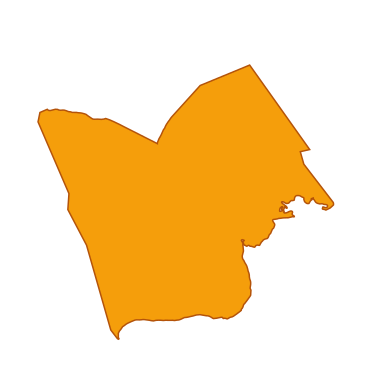 Las Vegas, Santa Bárbara, Honduras, rotated 68°
{"feature_id": "27666195B74712516647149", "entity_name": "Las Vegas", "entity_type": "district", "adm_level": 2, "iso_a3": "HND", "parent_name": "Honduras", "parent_adm1": "Santa Bárbara", "projection": "albers", "projection_center": [-88.037, 14.873], "detail": "fine", "context": "isolated", "style": "filled", "palette": "amber", "viewbox_px": 384, "rotation_deg": 68, "n_neighbors": 0, "source": "geoboundaries", "source_scale": "gbopen_adm2", "svg_char_len": 5870}
<svg xmlns="http://www.w3.org/2000/svg" viewBox="0 0 384 384"><g transform="rotate(68 192 192)"><path d="M258.9,74.6L258.6,69.9L257.5,66.9L257.0,65.7L256.5,65.4L255.9,65.2L255.3,65.0L254.4,65.0L208.1,77.9L195.2,76.5L196.7,67.0L95.9,91.0L96.3,144.5L114.9,182.9L115.7,184.3L117.0,186.1L117.4,186.9L117.8,187.5L118.2,188.2L118.9,189.1L119.5,190.1L121.0,191.9L122.7,193.6L123.4,194.9L124.3,195.9L127.3,199.0L128.9,200.9L130.2,202.6L133.2,205.5L133.7,205.8L134.2,206.0L105.8,230.8L102.3,233.8L97.6,238.1L94.3,241.3L92.8,243.0L91.5,244.5L91.4,246.3L91.0,247.7L90.8,248.6L89.1,252.2L88.0,255.2L87.5,256.2L86.8,257.0L82.5,259.9L80.3,261.2L79.0,262.7L77.6,264.6L77.4,264.9L76.8,265.9L76.2,267.2L75.4,268.6L75.0,269.2L73.3,273.3L72.3,274.4L71.8,275.3L71.1,276.5L69.4,278.3L68.3,279.7L68.0,280.3L67.7,281.0L67.4,281.8L67.1,282.8L66.8,283.6L66.1,284.7L65.8,285.1L65.2,285.5L65.0,285.8L64.1,287.7L63.5,292.2L63.4,292.8L63.1,293.5L62.9,294.0L62.4,294.6L62.0,294.8L61.1,295.2L61.3,303.2L69.3,308.5L147.4,306.7L161.8,313.7L201.8,309.7L289.5,319.0L300.0,316.1L300.6,315.7L301.0,315.2L300.7,314.7L299.7,314.8L298.7,314.6L296.7,313.7L295.7,313.4L294.8,312.6L293.6,311.2L292.8,309.6L290.9,306.8L290.5,304.8L289.8,302.4L289.6,300.8L289.4,296.9L289.4,292.8L289.8,291.2L291.0,288.4L291.6,286.4L291.9,285.2L292.6,283.7L293.7,281.8L294.8,279.8L296.0,278.0L297.1,276.0L297.5,273.4L298.2,271.4L299.1,269.2L300.4,266.7L301.1,264.3L302.3,261.6L303.8,257.8L304.5,256.6L304.7,256.0L305.1,254.2L305.7,252.2L305.8,251.1L305.8,249.6L305.7,248.2L305.6,246.9L305.6,245.9L306.1,244.4L306.5,242.6L306.9,239.9L307.3,237.6L307.5,235.5L307.7,233.9L308.1,232.6L308.7,230.6L309.0,230.1L311.8,225.6L312.1,225.1L312.6,224.0L313.1,223.2L313.8,222.4L314.8,221.5L317.0,219.9L317.3,219.6L317.5,219.3L317.6,218.8L318.3,216.2L318.5,214.9L319.0,212.3L319.3,211.3L319.5,211.0L320.0,210.7L321.0,210.4L321.1,209.6L321.4,208.9L321.9,208.0L322.5,207.4L322.9,206.6L322.7,205.1L322.5,203.8L322.6,202.9L322.8,201.5L322.7,200.1L321.7,195.8L321.4,194.9L321.3,194.2L320.2,190.7L319.7,190.5L319.3,190.2L319.0,189.8L318.8,189.2L318.0,188.2L317.1,187.4L316.4,186.8L315.9,186.4L315.6,186.1L315.2,185.0L312.7,180.8L310.4,177.2L309.8,176.4L309.5,176.2L305.3,174.2L304.5,174.1L303.3,174.2L302.7,174.0L302.1,173.7L301.0,173.0L299.6,172.2L298.2,171.6L296.8,171.2L295.9,171.1L294.5,171.1L293.0,170.8L292.1,170.6L290.5,170.0L289.0,169.7L287.9,169.6L286.4,169.6L284.0,169.2L282.0,169.0L281.1,169.0L280.4,169.0L277.1,169.5L274.9,169.6L273.4,170.0L272.8,170.0L272.0,169.9L271.0,169.7L270.0,169.3L266.7,166.9L266.0,166.4L265.4,166.2L262.0,165.2L261.3,165.0L260.6,164.9L258.6,164.0L257.8,164.0L255.6,164.4L255.3,164.3L255.1,164.1L255.0,163.8L255.0,163.6L255.0,163.3L255.2,163.1L255.8,162.2L256.1,161.9L256.4,161.8L256.6,161.8L257.0,163.1L257.1,163.3L257.3,163.5L258.8,163.5L259.6,163.6L260.4,163.5L260.9,163.3L261.5,162.6L262.4,162.0L262.7,161.7L262.8,161.4L262.6,159.9L262.6,159.6L262.7,159.4L263.1,158.9L263.3,158.8L263.7,158.7L264.0,158.5L264.2,158.2L264.4,157.7L264.6,157.3L266.4,155.1L266.5,154.8L266.6,154.5L266.5,154.3L266.2,153.7L265.7,153.1L265.6,152.9L265.6,152.4L265.7,151.8L265.8,151.0L265.9,150.8L266.3,150.3L266.6,149.8L266.7,149.5L266.7,149.2L266.4,148.9L264.5,146.5L264.0,145.3L263.2,143.8L263.1,143.2L263.0,142.3L263.1,140.9L263.3,139.9L263.2,139.4L262.9,138.8L262.4,138.1L261.3,137.1L260.6,136.4L260.3,135.7L260.0,135.1L259.9,134.7L259.7,134.5L257.9,132.7L257.2,132.0L256.7,131.5L256.4,131.0L256.3,130.3L255.9,129.7L255.3,129.1L254.3,128.2L253.6,127.7L253.1,127.5L252.8,127.4L252.5,127.4L250.4,127.8L249.1,128.0L248.7,127.9L248.4,127.8L248.2,127.6L248.0,127.3L248.0,126.9L248.0,126.7L248.6,124.3L248.9,122.8L249.0,121.2L249.3,120.6L250.2,117.1L251.4,113.8L251.9,112.5L252.6,108.0L252.8,107.4L253.1,107.1L253.2,106.9L253.2,106.6L253.2,106.4L252.6,106.3L252.1,106.6L251.5,107.0L251.2,107.3L250.7,107.4L250.3,107.5L250.0,107.4L249.7,107.3L249.0,106.7L248.3,106.3L248.0,106.3L247.7,106.3L247.2,106.6L246.9,107.0L246.7,107.3L246.5,108.1L246.5,109.4L246.5,110.3L246.7,110.6L246.6,112.4L246.4,113.2L246.2,113.9L245.8,114.3L245.4,114.5L245.2,114.4L245.1,114.1L244.9,114.0L244.5,113.9L244.0,113.9L243.6,113.9L243.5,114.1L243.2,115.3L243.1,116.8L242.9,117.7L242.7,117.9L242.2,117.8L241.7,117.6L240.7,117.0L239.9,116.3L239.8,115.9L239.5,115.2L239.3,114.5L239.3,114.2L239.4,113.8L239.6,113.6L239.9,113.6L240.1,113.6L240.4,113.9L240.6,114.2L240.9,114.7L241.2,115.3L241.5,115.5L241.8,115.4L242.0,115.3L242.2,115.0L242.4,115.0L242.7,114.9L243.1,114.7L243.1,114.3L242.8,113.8L241.5,112.5L240.9,112.0L240.6,111.7L240.9,111.5L241.1,111.4L241.7,111.0L242.4,110.5L242.6,110.1L242.5,109.9L242.1,109.7L241.8,109.7L241.1,109.9L240.4,110.1L239.5,110.6L237.8,111.7L236.2,112.6L235.7,112.7L235.3,112.8L235.0,112.7L234.8,112.5L234.8,112.2L234.9,111.9L235.1,111.4L235.3,111.1L235.8,110.6L236.6,110.1L237.1,109.7L237.6,109.2L238.1,108.6L238.2,108.3L238.3,107.9L238.5,106.6L238.4,106.2L237.8,105.1L237.3,103.8L237.2,103.3L237.2,103.0L237.5,102.3L237.7,101.8L237.8,100.9L237.8,100.3L237.6,100.1L235.9,99.1L235.5,98.8L235.1,98.2L234.8,97.7L234.6,97.1L234.5,96.7L234.6,96.1L235.2,94.6L235.5,94.0L235.8,93.6L236.1,93.2L236.6,92.8L237.6,92.1L239.0,90.7L239.3,90.6L239.7,90.6L240.0,90.7L240.6,91.0L241.0,91.1L242.5,91.2L243.2,91.2L244.2,90.7L245.0,90.3L245.6,89.8L246.0,89.2L246.3,88.5L246.4,87.8L245.2,86.3L244.7,85.6L244.3,84.8L244.2,84.0L244.0,83.6L243.9,83.4L243.7,83.3L243.4,83.6L243.3,84.2L243.2,84.2L242.9,83.7L242.9,83.3L242.9,82.4L243.0,81.8L244.0,82.1L244.7,81.8L245.0,81.7L247.6,81.2L248.4,80.8L249.1,80.3L249.5,79.9L250.9,78.0L251.6,75.8L251.8,75.5L252.4,74.8L253.0,74.2L253.4,73.3L254.0,72.2L254.5,71.8L255.0,71.4L255.3,71.4L256.1,71.8L256.6,72.3L256.7,72.6L256.8,72.9L256.7,73.5L256.4,74.2L254.9,76.1L255.4,76.7L256.4,77.4L256.5,77.4L256.9,77.2L257.8,75.8L258.6,74.8L258.7,74.7L258.9,74.6Z" fill="#f59e0b" stroke="#b45309" stroke-width="1.5"/></g></svg>